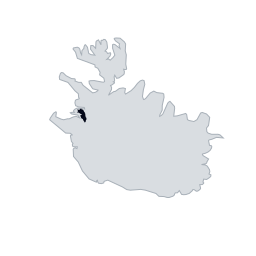 Skorradalshreppur, Vesturland, Iceland (highlighted), rotated 43°
{"feature_id": "244011B18273074009309", "entity_name": "Skorradalshreppur", "entity_type": "district", "adm_level": 2, "iso_a3": "ISL", "parent_name": "Iceland", "parent_adm1": "Vesturland", "projection": "mercator", "projection_center": [-21.43, 64.486], "detail": "fine", "context": "in_parent", "style": "filled", "palette": "ink", "viewbox_px": 256, "rotation_deg": 43, "n_neighbors": 0, "source": "geoboundaries", "source_scale": "gbopen_adm2", "svg_char_len": 4892}
<svg xmlns="http://www.w3.org/2000/svg" viewBox="0 0 256 256"><g transform="rotate(43 128 128)"><path d="M188.1,76.9L190.1,77.1L193.4,75.6L198.1,71.2L200.0,70.3L204.5,70.3L199.1,74.5L197.0,79.1L195.5,81.3L195.5,82.3L199.4,85.1L201.2,84.1L202.0,84.5L202.8,85.8L203.3,88.4L202.9,91.0L201.8,93.7L200.3,96.0L200.5,96.7L201.7,97.0L208.1,95.7L208.8,98.9L209.4,100.0L209.2,101.1L206.7,104.6L209.6,102.4L212.0,101.8L216.0,102.9L217.6,104.1L218.6,106.4L220.6,105.7L221.5,106.9L221.5,108.3L220.6,112.0L218.2,113.8L219.7,116.4L220.9,116.5L221.1,117.1L220.9,118.7L219.1,120.5L222.1,122.5L222.5,123.3L222.3,125.6L221.8,126.9L220.9,127.7L218.7,127.9L217.4,128.7L217.8,130.1L217.4,134.1L215.7,137.2L214.1,138.9L212.5,140.0L208.2,138.8L208.4,141.6L206.8,143.2L207.1,144.6L207.6,145.4L207.4,147.2L205.4,150.9L204.0,152.1L201.2,153.5L197.2,156.9L193.1,156.8L183.1,161.6L179.2,164.2L172.1,171.9L169.1,173.9L164.1,174.9L148.8,179.9L147.1,182.9L147.0,183.6L147.7,184.7L146.5,186.8L144.2,188.4L143.1,188.3L141.2,187.1L141.0,187.7L141.8,189.2L134.3,191.8L124.0,190.5L114.8,186.8L107.6,186.0L102.4,180.9L102.3,180.1L102.8,178.5L104.7,177.9L103.8,176.3L100.7,179.0L99.7,179.0L98.4,177.8L98.3,176.8L95.8,176.4L91.3,173.1L91.0,172.3L92.0,171.2L91.8,171.0L89.4,171.2L85.9,174.2L65.1,175.4L64.4,173.8L63.5,167.9L64.2,165.3L65.1,165.6L67.5,169.0L73.1,167.1L75.4,165.8L77.5,162.5L78.7,161.5L80.4,157.3L82.1,154.8L85.7,153.6L82.5,152.8L77.2,156.2L75.4,156.2L76.3,154.7L78.1,153.1L76.8,152.9L76.3,152.2L76.3,150.6L77.2,148.1L83.4,143.6L82.0,142.8L77.7,146.2L74.5,147.4L72.0,145.8L70.7,143.7L70.8,142.8L72.3,140.1L72.1,139.5L71.0,139.3L68.3,136.8L63.9,137.0L53.0,135.6L44.9,139.1L42.9,137.5L41.3,134.0L41.6,132.7L43.0,131.9L47.0,132.0L52.9,130.4L55.6,128.3L56.7,128.8L57.2,129.8L60.8,128.3L62.7,126.5L66.0,127.4L78.2,126.4L79.8,124.1L80.5,121.3L80.2,120.7L75.7,123.3L74.6,123.2L69.4,121.9L67.5,120.3L68.2,119.1L70.9,116.4L78.0,111.9L79.0,111.0L79.1,109.9L76.3,108.0L71.0,108.5L69.6,106.3L65.2,104.9L62.3,105.8L60.7,104.4L43.5,111.6L37.9,108.3L33.9,107.7L33.5,106.7L35.8,103.5L37.4,102.9L39.0,103.2L42.1,105.4L44.2,106.1L41.6,102.9L41.4,99.7L40.6,98.9L39.8,96.8L40.1,96.1L43.3,96.6L48.4,100.2L50.9,99.6L54.1,97.3L46.8,95.9L44.6,93.1L46.2,91.6L50.0,91.8L45.8,86.8L45.6,85.9L46.3,83.7L51.5,85.6L48.8,82.7L48.7,82.0L49.5,81.5L49.9,79.6L51.2,78.9L53.9,79.6L58.0,83.0L58.6,84.0L58.7,87.4L60.3,86.9L62.2,87.4L63.8,85.0L64.9,85.6L65.8,87.7L65.7,92.3L66.8,90.7L68.7,90.6L69.0,86.7L68.7,83.7L62.4,80.2L59.9,77.6L60.2,76.7L61.4,75.9L68.0,75.3L65.2,73.8L64.5,72.2L59.5,72.8L57.0,72.2L57.0,71.4L58.0,70.2L61.0,67.7L66.7,67.5L69.0,68.2L73.4,73.5L76.9,75.7L82.8,82.8L86.6,85.6L86.8,86.3L86.2,87.1L84.7,88.0L87.0,89.3L88.3,91.1L88.4,91.9L87.2,97.6L85.8,99.4L82.3,98.4L83.1,100.2L85.6,102.1L86.2,103.2L85.8,104.2L87.0,103.9L87.4,104.5L86.8,107.7L86.2,108.8L88.3,109.5L89.7,111.1L91.4,117.4L92.4,112.5L92.9,110.7L93.7,110.1L94.7,105.0L97.1,102.0L99.2,100.9L101.5,104.4L103.1,104.8L104.8,98.6L105.0,94.0L104.5,88.9L104.8,85.2L105.9,83.1L107.4,82.4L110.5,84.6L113.2,89.6L117.1,95.1L119.8,96.5L120.3,96.3L120.8,94.5L120.4,87.3L121.7,83.4L124.9,82.5L129.8,78.9L131.0,78.8L133.4,80.9L137.7,88.2L140.8,91.6L142.4,96.9L143.2,97.9L143.8,96.2L143.9,93.9L140.1,82.7L140.1,81.2L140.5,79.9L147.2,80.5L148.7,81.8L153.4,88.2L155.7,85.6L160.3,78.0L161.8,78.2L165.7,81.3L167.3,81.0L171.8,78.3L172.8,74.8L170.9,67.5L171.7,66.0L175.9,64.2L180.5,64.5L185.2,71.3L185.4,74.4L188.1,76.9Z" fill="#d9dde1" stroke="#a8b0b8" stroke-width="1"/><path d="M91.4,152.4L91.2,152.1L91.2,151.9L91.3,151.8L91.3,151.7L91.2,151.7L91.3,151.7L91.2,151.6L91.2,151.4L91.0,151.2L90.9,151.2L91.0,151.1L91.0,150.9L91.1,150.5L91.0,150.3L90.3,149.7L89.5,149.7L89.2,149.6L88.9,149.5L88.6,149.0L88.1,148.7L87.8,148.5L87.6,148.4L87.4,148.1L87.2,147.9L87.0,147.7L86.7,147.6L86.6,147.4L86.4,147.4L86.2,147.4L85.8,147.3L85.8,147.2L85.6,147.0L85.5,146.9L85.4,146.8L85.2,146.8L84.8,146.9L84.7,146.8L84.5,146.7L84.3,146.7L84.2,146.7L83.9,146.5L83.7,146.4L83.4,146.3L83.2,146.4L83.3,146.3L83.2,146.2L82.9,146.2L82.7,146.2L82.5,146.3L82.4,146.3L82.4,146.5L82.3,146.8L82.3,147.0L82.2,147.0L82.1,147.3L81.9,147.4L81.9,147.2L81.7,147.2L81.4,147.0L81.3,146.9L81.3,146.7L81.2,146.7L80.9,146.6L80.8,146.8L81.0,147.0L81.1,147.3L80.8,147.7L80.8,147.8L80.7,148.0L80.6,148.3L80.5,148.5L80.4,148.6L79.9,148.9L80.5,149.1L80.8,149.4L80.8,149.8L80.9,149.7L81.0,149.7L81.3,149.7L81.5,149.6L81.8,149.5L82.0,149.5L82.3,149.5L82.4,149.4L82.5,149.3L82.8,149.3L83.0,149.3L83.0,149.2L83.1,149.3L83.3,149.3L83.5,149.3L83.7,149.2L83.8,149.1L84.0,149.0L84.2,148.9L84.3,148.9L84.5,148.8L84.7,148.7L84.8,148.7L85.0,148.6L85.6,149.0L87.2,149.8L87.7,150.1L87.6,150.4L87.4,150.3L87.3,150.2L87.2,150.2L86.9,150.0L86.7,149.9L86.4,149.8L86.2,149.8L86.1,149.7L85.9,149.7L85.9,149.8L85.8,150.0L85.6,150.4L85.4,151.0L87.3,151.9L87.5,151.8L88.9,151.5L90.5,152.2L91.4,152.4Z" fill="#0f172a" stroke="#020617" stroke-width="1.5"/></g></svg>